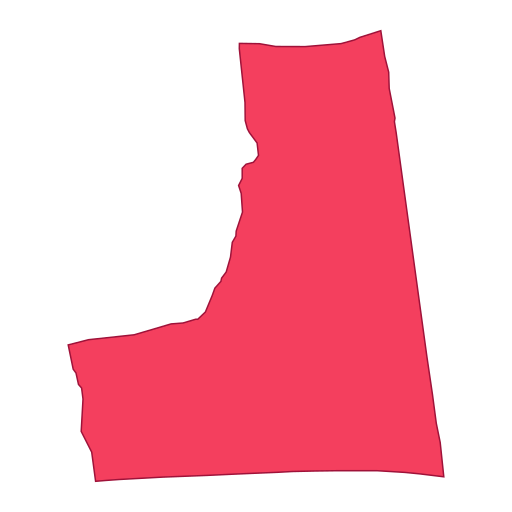 outline of Iztapa, Escuintla, Guatemala
{"feature_id": "79465075B85452841744981", "entity_name": "Iztapa", "entity_type": "district", "adm_level": 2, "iso_a3": "GTM", "parent_name": "Guatemala", "parent_adm1": "Escuintla", "projection": "natural_earth1", "projection_center": [-90.708, 13.973], "detail": "fine", "context": "isolated", "style": "filled", "palette": "rose", "viewbox_px": 512, "rotation_deg": 0, "n_neighbors": 0, "source": "geoboundaries", "source_scale": "gbopen_adm2", "svg_char_len": 997}
<svg xmlns="http://www.w3.org/2000/svg" viewBox="0 0 512 512"><path d="M239.4,43.4L239.3,48.7L245.0,102.5L245.2,120.6L247.4,128.8L249.4,132.6L257.1,143.0L258.5,155.4L255.7,159.5L253.4,162.3L246.1,164.2L242.2,168.3L242.2,178.4L238.6,185.5L241.2,193.4L242.5,212.1L236.2,231.1L235.9,236.1L232.3,242.3L230.5,257.1L226.2,272.0L221.6,278.1L220.9,281.4L214.9,288.1L212.2,295.6L205.4,312.0L197.7,319.3L195.8,319.2L183.0,323.0L171.1,323.9L134.1,334.8L88.5,339.7L68.2,344.9L73.2,369.2L76.0,373.0L78.5,384.5L81.6,388.0L83.0,399.1L81.2,431.4L91.7,452.1L95.6,481.3L106.5,480.4L119.0,479.5L162.8,477.1L207.0,475.4L232.7,474.2L248.8,473.5L277.5,472.3L292.4,471.5L314.9,471.0L337.1,470.7L358.0,470.7L377.0,470.7L404.8,472.4L420.0,473.9L443.8,476.8L440.2,442.5L436.3,423.4L432.5,394.7L426.9,356.7L396.2,132.9L394.4,121.6L395.0,118.1L389.2,88.5L388.7,72.2L384.7,56.5L380.8,30.7L360.0,37.3L354.6,39.9L341.1,43.6L305.2,46.6L275.8,46.5L259.5,43.7L239.4,43.4Z" fill="#f43f5e" stroke="#9f1239" stroke-width="1.5"/></svg>